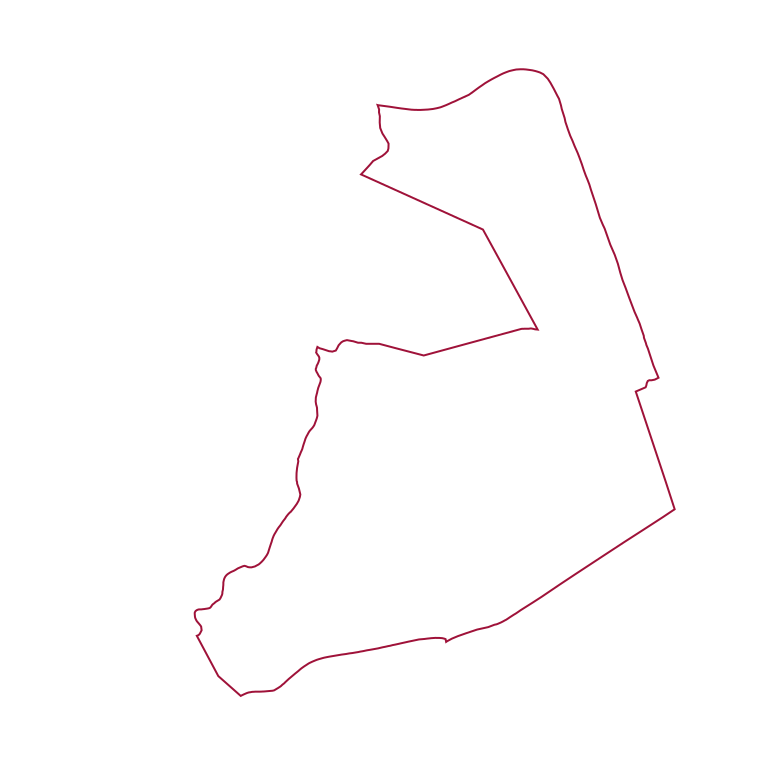 the district of La Tourney/Cedar Heights, Laborie, Saint Lucia, rotated 250°
{"feature_id": "8701671B9732663070943", "entity_name": "La Tourney/Cedar Heights", "entity_type": "district", "adm_level": 2, "iso_a3": "LCA", "parent_name": "Saint Lucia", "parent_adm1": "Laborie", "projection": "orthographic", "projection_center": [-60.965, 13.743], "detail": "fine", "context": "isolated", "style": "outline", "palette": "rose", "viewbox_px": 768, "rotation_deg": 250, "n_neighbors": 0, "source": "geoboundaries", "source_scale": "gbopen_adm2", "svg_char_len": 5926}
<svg xmlns="http://www.w3.org/2000/svg" viewBox="0 0 768 768"><g transform="rotate(250 384 384)"><path d="M166.9,614.3L195.3,615.3L290.8,618.0L291.4,628.7L292.9,630.0L294.9,631.2L296.6,632.9L296.8,634.6L296.0,636.7L295.5,639.9L296.0,644.1L309.2,643.5L327.0,644.1L330.9,643.9L332.9,644.1L338.6,644.1L340.4,644.6L347.6,644.7L353.4,644.9L358.2,644.6L359.2,644.6L366.2,644.1L373.5,644.0L381.8,643.9L391.5,643.9L400.1,643.7L407.8,644.1L417.0,644.9L426.5,645.0L437.6,644.3L454.5,644.5L458.8,644.1L466.4,643.7L480.6,644.5L495.8,644.9L501.2,645.2L506.4,645.1L510.8,644.9L516.8,644.9L522.8,645.1L530.0,645.1L534.9,645.0L542.1,644.5L548.2,644.3L553.6,643.9L560.4,643.9L563.5,644.0L568.1,644.1L572.2,644.7L576.9,644.9L581.7,645.1L585.3,645.6L592.1,646.0L595.4,645.5L603.4,644.5L610.3,643.4L614.9,642.3L620.6,639.7L623.4,637.1L624.9,635.2L626.3,633.3L628.0,630.7L629.6,627.7L631.0,625.0L632.0,622.8L633.2,619.5L634.3,615.8L634.6,613.8L634.8,612.3L635.2,608.9L635.2,605.5L635.1,602.3L634.8,599.2L634.3,595.6L633.9,592.3L633.4,588.9L632.8,585.5L632.1,581.9L631.2,578.6L630.2,574.7L629.0,570.6L628.0,567.3L626.7,562.5L625.9,552.1L625.4,547.2L625.3,544.2L625.0,540.7L624.8,537.7L624.7,533.3L624.7,531.6L625.1,527.9L625.7,524.1L626.9,519.1L629.0,512.2L630.9,507.1L632.3,503.8L633.5,501.4L635.5,497.5L636.9,494.7L639.2,490.4L642.6,484.2L647.9,474.0L648.3,473.4L647.6,473.4L643.7,473.3L640.9,472.2L637.1,471.7L631.2,469.4L626.6,468.2L626.0,468.0L622.6,468.1L619.9,468.2L616.0,469.1L611.1,470.1L608.3,470.5L606.0,469.6L603.8,468.7L601.7,467.2L600.0,463.7L599.6,462.4L598.9,460.4L597.3,450.1L594.8,445.7L591.1,438.6L589.6,435.7L588.8,434.1L495.3,529.8L465.4,534.4L382.6,547.0L382.9,546.4L383.5,545.1L383.8,544.5L384.6,543.4L385.9,541.2L386.1,540.5L386.5,538.7L388.0,534.5L388.5,533.0L388.8,532.0L397.2,431.1L414.1,406.6L423.5,393.1L424.6,390.0L427.8,381.1L430.6,376.7L431.1,375.2L431.6,373.8L434.7,369.7L435.3,368.6L437.9,364.2L438.1,362.3L438.2,360.3L437.9,358.8L437.7,358.0L435.9,354.6L433.9,352.5L432.6,351.0L431.9,350.1L432.0,348.7L432.1,346.5L432.9,345.1L433.6,343.6L437.7,338.4L439.7,335.6L440.1,335.3L441.6,334.1L439.3,332.3L437.9,331.7L437.3,331.4L436.8,331.0L435.3,331.3L433.6,331.8L432.1,332.2L430.7,332.2L429.0,331.5L427.2,330.1L426.5,329.5L425.1,328.1L424.4,327.2L423.2,326.4L422.2,325.7L421.6,325.1L420.5,324.7L418.3,324.8L416.9,325.1L415.2,325.3L413.9,325.5L411.9,326.2L411.2,326.4L410.3,326.3L408.9,325.7L407.7,325.0L406.4,323.9L405.8,323.4L404.5,322.3L403.7,321.6L403.0,321.0L401.7,320.1L400.7,319.4L399.8,318.8L398.9,318.3L397.5,317.3L394.7,315.4L393.8,315.0L392.3,314.4L390.9,313.8L389.5,313.5L387.9,313.2L386.3,313.1L384.5,312.9L383.0,312.4L380.7,311.7L379.7,311.4L377.0,310.6L376.2,310.1L374.6,309.0L372.9,307.6L371.3,306.2L370.1,305.2L369.1,304.3L367.9,302.7L367.2,301.6L365.9,299.1L365.2,297.9L364.3,296.7L362.4,294.6L361.4,293.4L359.6,291.6L358.3,290.6L356.5,289.2L355.4,288.3L352.9,286.4L350.9,285.0L349.6,283.8L348.3,282.5L346.7,281.1L345.2,279.7L343.5,278.1L343.0,277.5L340.6,277.0L335.0,273.7L330.3,271.4L328.5,270.7L325.9,269.7L323.0,268.8L321.7,268.8L320.1,268.3L314.9,268.3L308.8,267.6L306.6,266.3L303.6,263.9L301.2,261.1L298.0,256.4L295.7,252.5L295.7,252.2L294.9,250.4L294.2,249.1L292.7,246.7L291.4,245.1L289.6,242.2L288.5,240.7L286.7,238.3L285.3,236.0L284.1,234.3L283.1,233.1L281.6,231.3L280.4,229.8L279.0,228.3L278.4,227.8L277.2,226.7L275.8,225.6L274.1,224.4L272.9,223.4L271.0,221.9L268.7,220.1L267.4,219.1L265.8,217.9L264.9,217.2L263.3,215.4L262.0,213.6L260.0,210.6L258.9,208.5L257.9,206.2L257.3,204.5L257.0,202.2L256.7,200.3L256.9,198.3L257.0,196.9L257.6,195.3L257.9,194.6L258.6,193.4L259.6,192.4L260.7,191.0L260.9,190.4L261.0,188.8L260.9,186.8L260.8,184.8L260.7,183.5L260.1,180.8L259.8,178.7L259.7,176.6L259.5,175.0L259.0,172.7L258.6,171.4L258.1,170.3L257.3,169.0L256.6,168.2L255.6,167.2L254.6,166.5L253.2,165.6L252.1,165.0L251.4,164.8L249.7,164.1L248.5,163.5L246.9,162.8L246.0,162.4L244.6,161.5L243.7,160.9L242.9,160.7L241.4,159.8L240.1,158.5L238.9,157.3L238.2,156.4L237.7,155.7L237.4,154.2L237.2,153.2L237.0,152.1L236.6,150.7L236.1,149.7L235.8,148.6L235.3,147.2L234.7,146.4L234.0,145.4L233.5,144.7L233.1,143.5L233.2,142.6L233.3,141.7L233.5,140.6L233.8,139.2L234.0,138.1L234.3,137.0L234.7,135.2L235.1,134.1L235.5,133.0L235.6,131.7L235.5,130.6L235.1,129.3L234.1,128.1L233.0,127.6L231.9,127.3L230.1,126.8L228.9,126.6L227.0,126.7L225.1,127.0L223.5,127.6L221.9,128.2L219.9,128.9L218.6,129.2L215.0,128.4L213.3,126.6L212.4,125.6L211.8,124.7L211.5,123.6L211.4,123.1L211.4,122.0L166.2,128.4L139.9,142.7L140.1,144.2L140.3,146.4L140.4,147.8L140.5,149.7L140.4,151.5L140.1,152.9L139.8,154.8L139.4,156.1L138.9,157.8L138.2,159.8L137.2,162.6L136.1,166.1L135.0,170.2L133.9,174.3L133.7,176.0L134.2,178.6L134.6,180.7L135.3,183.6L136.2,185.7L136.9,187.9L137.5,189.1L138.6,191.7L139.4,193.6L140.2,195.8L141.3,198.8L141.7,199.9L142.4,201.8L142.9,203.3L143.7,205.6L144.2,206.8L145.0,209.0L145.4,210.4L146.0,212.6L146.4,214.4L147.0,216.9L147.3,218.4L147.6,221.8L147.7,223.9L147.8,226.4L147.7,228.9L147.6,230.1L147.5,231.7L147.3,234.1L146.9,236.8L146.5,239.3L144.2,251.8L143.3,255.8L142.7,259.3L142.0,262.3L141.4,265.6L140.9,268.2L140.7,269.9L140.1,273.1L139.6,276.8L139.0,279.9L137.6,288.0L137.1,292.4L136.6,295.6L136.3,298.1L135.9,300.4L135.7,302.8L135.3,305.2L134.8,309.0L134.5,311.5L134.0,315.2L133.5,319.1L133.0,322.5L132.4,326.7L132.0,329.5L130.6,334.7L129.9,337.8L129.3,340.2L129.0,341.5L128.3,343.9L127.8,345.6L127.2,347.1L126.6,348.8L125.8,350.6L125.3,351.7L124.4,353.1L123.9,353.8L123.2,354.6L120.4,354.2L120.7,355.3L121.5,360.8L121.8,367.2L121.7,376.2L121.4,387.5L119.9,398.8L120.0,405.5L119.7,407.5L119.7,408.9L119.8,410.5L119.9,412.2L120.2,414.7L120.5,416.5L120.7,418.2L121.2,420.3L121.7,422.2L122.2,424.4L122.8,427.0L123.2,429.2L123.9,432.0L124.7,435.0L127.8,449.2L130.1,459.3L135.5,480.8L139.8,498.6L147.4,530.7L153.4,556.2L158.7,579.6L163.6,600.9L166.9,614.3Z" fill="none" stroke="#9f1239" stroke-width="2"/></g></svg>